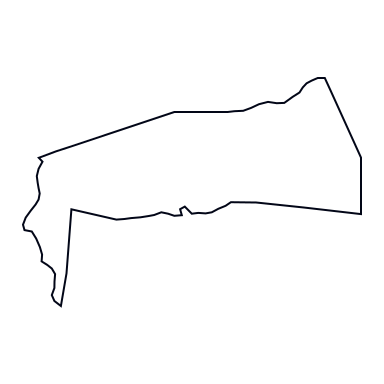 outline of Granjeiro, Ceará, Brazil
{"feature_id": "56859067B11059555749091", "entity_name": "Granjeiro", "entity_type": "district", "adm_level": 2, "iso_a3": "BRA", "parent_name": "Brazil", "parent_adm1": "Ceará", "projection": "mercator", "projection_center": [-39.273, -6.924], "detail": "fine", "context": "isolated", "style": "outline", "palette": "ink", "viewbox_px": 384, "rotation_deg": 0, "n_neighbors": 0, "source": "geoboundaries", "source_scale": "gbopen_adm2", "svg_char_len": 977}
<svg xmlns="http://www.w3.org/2000/svg" viewBox="0 0 384 384"><path d="M361.0,214.1L361.0,201.4L361.0,167.6L361.0,157.6L330.6,90.6L324.8,78.0L317.7,78.0L311.7,80.6L306.6,83.3L302.8,87.4L299.5,92.5L292.6,96.9L284.3,102.9L276.7,103.2L268.0,101.9L259.0,104.2L251.1,107.9L243.2,110.8L234.4,111.2L227.7,112.0L187.2,112.0L174.3,112.0L68.8,147.2L55.9,151.4L38.8,157.8L42.5,161.7L38.6,168.8L36.8,176.1L37.7,182.9L38.6,188.2L39.7,193.5L38.6,199.5L35.6,204.5L30.7,210.7L25.7,217.6L23.0,224.7L24.5,230.1L31.8,231.5L36.2,238.6L39.9,247.1L42.1,254.6L41.6,261.4L47.2,264.9L51.8,268.5L55.1,274.1L54.5,281.5L54.4,288.0L51.8,295.1L54.4,301.0L60.9,306.0L66.5,273.4L71.4,209.3L116.4,219.6L124.4,219.0L131.0,218.1L140.5,217.3L148.8,216.0L154.2,215.0L161.3,212.3L168.1,213.7L174.3,215.8L181.8,215.2L180.1,209.2L184.8,206.6L191.8,213.7L198.3,212.9L205.6,213.4L211.8,212.3L218.3,208.8L225.6,205.8L230.9,202.2L256.2,202.5L303.8,207.5L361.0,214.1Z" fill="none" stroke="#020617" stroke-width="2"/></svg>